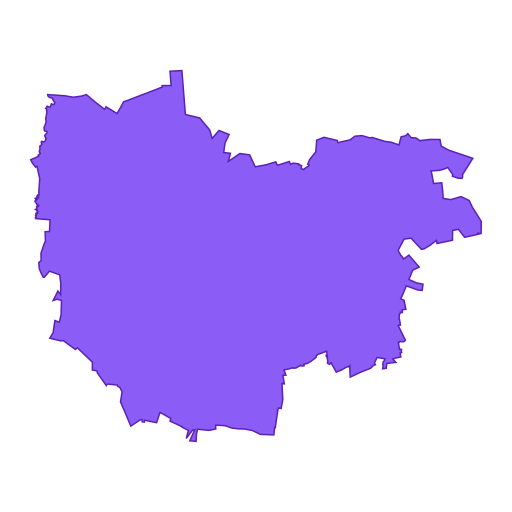 Bojanala, North West, South Africa
{"feature_id": "47623444B85240549790840", "entity_name": "Bojanala", "entity_type": "district", "adm_level": 2, "iso_a3": "ZAF", "parent_name": "South Africa", "parent_adm1": "North West", "projection": "albers", "projection_center": [27.064, -25.431], "detail": "fine", "context": "isolated", "style": "filled", "palette": "violet", "viewbox_px": 512, "rotation_deg": 0, "n_neighbors": 0, "source": "geoboundaries", "source_scale": "gbopen_adm2", "svg_char_len": 5820}
<svg xmlns="http://www.w3.org/2000/svg" viewBox="0 0 512 512"><path d="M481.1,233.5L481.3,221.5L476.6,213.9L472.4,207.3L469.2,200.5L461.0,196.6L451.2,199.5L450.0,199.5L443.2,198.4L442.6,190.0L441.8,182.8L433.6,183.5L431.2,170.9L439.3,170.4L443.7,169.2L447.8,167.5L452.7,174.5L452.4,176.2L458.1,178.2L462.1,178.4L462.6,177.0L462.6,174.5L468.7,164.9L472.8,158.3L449.0,150.3L441.2,146.1L440.0,139.5L430.6,139.4L420.6,140.5L420.4,140.9L415.9,137.9L411.1,137.7L407.8,133.6L405.8,135.7L401.1,136.8L399.0,144.9L391.1,142.2L384.9,141.4L372.3,137.5L369.6,137.8L361.9,135.6L354.9,136.2L350.0,139.9L342.3,141.6L337.9,142.7L337.3,140.5L324.0,137.3L316.7,140.2L315.8,151.8L309.6,159.6L307.7,164.2L309.0,164.8L309.0,165.6L308.8,165.9L303.9,169.0L303.7,169.6L301.2,168.6L301.6,165.7L299.8,164.9L298.6,164.8L298.6,163.8L293.2,163.1L290.5,164.4L289.3,161.5L277.4,165.3L275.8,161.9L265.9,164.8L255.2,166.8L249.7,154.9L239.9,153.5L228.4,161.4L230.4,153.3L223.7,152.5L225.1,142.8L229.1,134.5L219.0,130.5L212.1,138.4L209.7,129.9L199.6,117.9L185.4,114.5L181.9,70.6L170.0,71.2L171.1,85.5L162.1,85.6L162.3,87.0L152.9,90.7L126.5,100.8L123.6,101.7L120.5,107.6L117.0,113.5L106.1,106.8L104.7,109.4L95.5,102.3L86.4,94.6L81.4,96.1L73.3,97.2L64.3,95.7L47.7,94.6L47.9,95.9L48.8,96.9L49.8,97.5L50.9,97.9L51.8,97.9L52.3,98.2L52.7,98.8L53.0,100.0L53.7,100.9L54.0,101.6L54.8,102.4L54.8,102.7L54.3,103.7L54.3,104.1L53.8,104.6L52.8,104.4L51.4,103.8L51.2,104.1L51.1,105.1L50.4,106.2L50.4,106.7L50.1,107.0L49.1,107.0L47.5,106.3L47.0,106.3L46.7,106.5L46.9,107.2L46.8,107.4L45.7,108.3L46.6,109.1L46.7,109.5L46.6,111.0L46.8,111.7L46.8,112.9L46.0,117.4L45.7,117.8L45.8,120.3L46.2,121.5L44.9,125.6L44.3,126.7L44.0,127.4L44.2,128.5L44.1,128.9L44.4,130.6L45.1,131.2L45.6,131.2L45.9,131.0L46.3,131.0L47.1,131.9L47.1,132.5L46.9,133.0L46.4,133.6L45.3,134.5L44.7,135.8L46.1,138.8L45.8,139.2L45.7,140.0L45.1,141.1L44.2,141.6L43.8,142.1L43.5,142.1L42.9,141.6L42.4,141.4L41.6,141.4L41.3,141.9L41.2,142.8L41.8,143.6L41.7,144.6L41.2,144.9L40.5,145.7L40.1,145.8L39.8,146.3L40.0,147.2L39.8,147.9L40.1,149.3L40.0,149.7L39.5,150.2L39.4,151.8L39.6,152.5L39.9,152.7L40.3,153.6L39.2,154.5L39.0,155.1L38.3,155.1L38.2,155.4L38.5,156.4L30.7,159.7L32.5,163.2L35.7,167.2L37.0,166.3L39.7,178.7L38.8,192.2L39.1,194.6L38.3,194.9L38.7,195.3L38.7,195.5L37.9,195.2L37.9,195.4L37.6,195.5L37.7,195.9L37.2,195.9L36.9,196.2L36.9,196.7L37.0,197.0L37.8,197.1L38.2,197.6L37.8,197.6L37.7,198.0L37.3,198.1L37.6,198.7L37.1,199.2L37.0,198.8L37.1,198.2L36.5,198.8L36.1,198.4L36.0,199.1L35.7,199.0L36.1,199.5L36.1,200.0L35.8,200.2L35.7,199.8L35.6,200.2L35.0,201.0L35.0,201.4L35.2,201.8L35.9,202.4L36.1,203.1L36.6,203.5L36.8,204.2L37.1,204.2L37.3,204.7L38.4,205.0L38.6,205.5L38.3,205.5L38.3,206.1L37.7,206.0L37.7,206.5L37.2,206.6L37.0,206.2L36.8,206.3L36.8,206.5L37.3,206.8L37.1,207.0L36.6,207.0L36.9,208.2L36.5,208.4L36.5,208.9L36.3,209.2L35.7,209.5L36.4,209.7L36.8,210.1L37.3,210.1L37.3,210.3L36.7,210.3L36.6,210.5L36.8,210.8L37.2,210.9L37.4,211.1L37.3,211.9L37.6,211.9L37.7,211.5L37.9,212.0L37.2,212.5L37.3,213.0L37.1,213.3L37.3,213.5L37.1,213.8L36.6,213.8L36.5,213.5L36.1,213.2L35.9,213.4L36.0,213.6L36.2,213.9L35.8,214.9L36.3,214.8L36.0,215.2L36.2,215.9L35.8,216.2L35.7,216.7L36.1,217.6L35.6,217.7L35.9,218.2L35.7,218.6L50.1,219.8L49.5,231.5L45.1,231.7L45.4,241.1L44.0,244.3L41.0,253.2L41.1,260.7L38.8,262.5L39.3,268.6L40.7,272.2L43.2,277.3L44.4,277.2L49.4,271.2L59.7,274.8L60.8,283.5L60.6,294.6L57.9,291.0L53.2,300.5L57.0,299.2L61.5,300.4L61.1,314.7L59.3,322.2L54.9,320.5L53.1,332.7L49.8,338.2L60.8,340.9L63.4,340.7L75.4,349.5L77.4,347.8L92.4,362.2L92.3,370.0L97.0,370.9L97.3,372.8L106.3,385.6L107.4,384.1L117.2,385.0L117.7,386.2L119.8,387.4L122.1,391.8L120.5,401.9L124.7,411.5L130.8,426.1L140.3,419.8L142.0,419.6L142.2,421.8L144.4,422.1L144.7,420.2L156.6,422.7L160.0,412.4L170.8,418.5L170.0,421.1L182.1,426.7L182.0,427.1L188.4,430.4L186.3,438.4L192.6,430.1L194.8,429.7L189.8,440.8L196.1,441.4L196.5,433.9L197.5,429.2L209.1,430.4L212.8,429.6L215.8,428.9L215.6,425.1L225.1,425.7L232.2,428.1L239.0,428.9L244.2,429.0L252.1,430.4L260.4,434.4L273.9,434.9L274.6,427.5L275.3,427.6L276.7,417.9L277.7,411.3L277.7,410.8L277.3,410.8L277.4,410.2L277.8,410.2L278.5,408.0L281.1,408.5L282.8,399.6L282.0,383.5L284.3,383.9L282.9,375.2L285.9,375.2L284.0,369.9L289.3,368.8L292.4,367.8L293.0,368.2L296.1,368.0L300.5,365.3L300.8,365.9L302.9,366.0L304.1,365.7L303.7,364.3L307.0,363.5L310.4,361.7L316.0,357.5L316.3,355.7L317.7,354.5L325.9,351.5L326.6,351.3L327.3,356.1L326.2,355.4L326.1,355.7L327.1,357.6L327.8,361.5L327.8,362.3L327.4,362.7L327.4,363.0L328.0,363.5L329.2,364.2L329.6,364.2L330.0,363.8L330.4,363.7L330.4,363.4L331.0,363.1L331.1,362.8L331.4,362.8L331.4,363.3L336.2,372.1L340.9,370.3L346.9,366.9L348.2,366.9L349.8,365.6L349.8,368.9L350.2,377.1L361.1,372.0L370.6,368.3L373.5,365.4L375.4,364.7L374.5,362.9L377.0,357.6L378.7,357.7L384.0,358.7L384.8,358.7L384.4,360.5L383.2,361.9L383.0,362.8L382.8,364.6L383.1,366.2L382.6,368.8L386.2,368.3L386.8,363.4L395.9,362.4L392.8,359.0L396.1,357.9L400.8,357.0L400.1,353.0L401.7,352.6L401.3,350.7L401.6,349.5L400.7,349.2L399.5,349.4L398.4,342.3L399.2,342.3L399.9,341.5L401.9,341.8L404.0,341.6L405.4,340.2L398.2,325.5L400.4,325.1L399.6,319.7L399.1,319.3L399.3,318.2L399.1,317.5L399.4,315.2L399.2,314.7L399.7,313.8L400.4,313.2L400.4,312.1L400.8,312.1L401.6,312.5L402.3,312.6L402.4,311.6L402.2,309.8L405.9,309.3L404.0,300.2L400.6,298.8L402.3,295.6L406.3,285.9L417.8,290.0L422.2,290.4L423.0,284.2L416.4,282.8L408.9,279.5L412.5,270.7L413.6,269.7L419.2,267.2L408.9,255.1L403.7,258.9L401.5,255.8L401.0,255.6L398.1,250.4L404.1,239.1L411.1,238.2L421.4,249.3L424.0,248.9L430.5,245.0L430.5,244.9L436.4,240.4L437.0,243.5L452.5,240.2L452.6,230.5L458.4,229.3L464.7,237.3L477.5,234.4L477.7,233.2L479.1,233.3L479.1,234.0L481.1,233.5Z" fill="#8b5cf6" stroke="#5b21b6" stroke-width="1.5"/></svg>